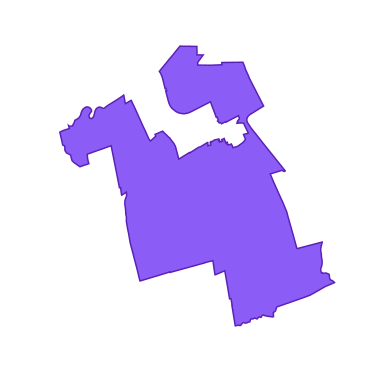 Surdila-Greci, Braila, Romania (orthographic projection), rotated 343°
{"feature_id": "2599482B86930693548610", "entity_name": "Surdila-Greci", "entity_type": "district", "adm_level": 2, "iso_a3": "ROU", "parent_name": "Romania", "parent_adm1": "Braila", "projection": "orthographic", "projection_center": [27.256, 45.061], "detail": "fine", "context": "isolated", "style": "filled", "palette": "violet", "viewbox_px": 384, "rotation_deg": 343, "n_neighbors": 0, "source": "geoboundaries", "source_scale": "gbopen_adm2", "svg_char_len": 5867}
<svg xmlns="http://www.w3.org/2000/svg" viewBox="0 0 384 384"><g transform="rotate(343 192 192)"><path d="M301.8,320.3L301.4,319.4L300.7,318.3L300.1,317.6L298.9,316.7L298.5,315.5L298.5,313.9L299.1,311.2L299.0,310.7L298.6,310.3L296.7,308.8L296.0,308.5L295.4,308.4L294.6,308.2L293.6,308.1L292.9,307.8L292.9,307.1L292.2,306.9L292.1,306.3L292.2,304.7L292.4,303.8L292.7,303.0L294.7,300.2L295.2,299.1L295.8,297.6L296.4,295.2L297.0,290.9L297.4,289.8L297.6,288.8L297.7,287.4L297.8,286.8L298.0,285.5L298.4,284.3L298.8,283.3L299.2,282.5L300.5,280.3L301.9,278.1L301.9,277.9L301.6,277.9L296.1,277.7L288.5,277.4L276.2,276.9L275.8,276.5L276.2,262.1L276.6,243.7L276.8,238.4L275.6,226.7L275.4,225.6L273.0,206.6L272.1,197.6L283.3,197.6L284.3,197.5L285.1,198.3L285.7,199.0L286.1,199.3L286.3,199.3L286.6,199.3L287.3,199.1L287.1,198.5L283.3,188.9L273.9,165.3L269.9,154.9L268.3,150.9L267.1,147.8L265.7,143.1L265.4,141.7L265.3,141.0L265.3,140.4L265.4,139.6L265.4,139.2L266.0,137.9L266.5,137.1L267.0,136.7L267.8,136.0L268.3,135.7L269.1,135.3L269.4,135.1L269.9,134.9L270.5,134.7L271.0,134.6L271.9,134.4L281.2,131.9L285.6,130.8L285.5,130.1L283.7,120.1L282.7,114.4L281.5,107.7L280.3,101.1L280.1,99.9L280.0,98.2L280.0,97.6L279.1,91.1L279.0,86.1L278.9,85.8L278.6,82.8L261.9,77.9L258.3,76.9L257.9,79.1L246.8,76.2L234.6,72.3L235.3,69.8L242.8,64.2L236.9,62.4L239.2,54.2L232.9,52.2L232.6,51.9L232.2,51.9L226.0,50.0L223.2,48.9L218.3,52.2L213.1,55.8L212.5,56.1L212.0,56.4L211.8,56.6L209.4,58.1L206.2,60.3L204.6,61.4L203.0,62.4L201.4,63.5L199.8,64.5L196.6,66.7L196.0,67.1L196.7,69.4L196.8,70.5L197.0,72.4L197.1,74.3L197.0,76.3L196.5,85.3L197.3,85.2L197.4,87.8L196.4,87.6L196.0,96.9L195.9,99.6L196.0,100.9L196.2,102.7L196.3,103.3L197.3,106.2L200.1,110.3L201.9,112.1L205.5,114.2L206.9,114.7L208.1,115.0L210.7,115.3L212.9,115.2L215.0,114.9L236.1,111.1L236.1,111.4L236.1,112.3L236.3,116.6L236.6,120.1L237.0,127.6L237.8,127.6L238.1,130.8L237.8,131.1L237.1,131.6L237.6,132.4L237.9,133.0L238.0,133.6L238.2,133.9L239.3,133.9L239.7,134.3L240.2,135.4L244.7,134.6L244.9,135.2L252.4,133.7L256.2,133.1L258.7,132.6L258.8,135.2L258.8,135.5L258.6,135.8L256.0,137.7L256.3,138.8L254.4,139.4L256.2,139.6L260.1,140.6L261.7,141.6L261.5,141.9L262.1,146.1L263.1,152.1L261.0,152.2L258.1,152.0L258.5,157.3L256.5,158.8L254.6,159.8L253.1,160.3L252.5,160.5L249.5,161.5L247.1,161.7L246.0,161.6L244.1,161.6L244.1,160.3L243.7,157.6L241.1,157.7L240.8,157.3L239.7,157.2L239.4,155.6L239.5,155.5L240.3,155.5L240.2,154.6L238.7,154.8L238.4,150.2L235.7,150.6L236.0,152.4L233.8,152.3L233.7,151.9L232.9,152.1L232.7,150.8L233.4,150.7L233.2,149.1L232.0,149.2L231.5,149.0L229.5,148.8L227.7,149.0L226.9,149.3L225.4,149.6L225.2,149.5L225.2,150.1L224.7,150.1L224.7,149.6L223.9,149.7L223.6,152.5L220.7,152.4L221.6,149.3L221.5,149.2L220.7,149.3L213.1,151.3L211.6,151.1L201.1,154.0L201.0,153.5L194.5,155.2L189.8,156.5L189.0,156.7L189.5,143.3L189.4,143.0L189.2,142.2L188.8,139.9L188.3,138.8L186.8,134.8L186.7,134.3L186.6,133.9L186.1,133.4L183.9,129.3L183.8,129.2L183.0,127.8L181.8,125.4L181.7,125.2L173.5,126.1L173.7,128.0L167.2,131.1L166.3,128.8L165.1,119.3L164.4,114.7L161.8,94.2L160.7,86.6L160.3,86.6L156.5,87.5L154.2,88.1L154.1,87.7L155.0,80.2L155.0,79.3L153.0,80.1L145.9,82.2L144.4,82.6L137.9,84.3L134.9,85.2L133.1,86.0L132.2,86.2L131.4,86.0L131.1,85.8L129.7,84.4L128.1,83.6L126.3,83.8L125.1,84.2L124.3,84.8L123.2,86.0L122.3,87.2L121.3,89.1L120.4,90.4L119.4,91.6L118.6,92.0L117.2,92.4L115.8,91.4L115.6,89.9L115.8,89.1L116.3,88.0L117.9,86.7L119.2,85.7L119.7,85.1L119.8,84.4L119.6,82.8L118.6,81.2L117.2,80.2L116.1,79.8L114.5,79.9L112.4,80.7L110.8,81.8L109.7,83.2L108.9,84.3L107.6,86.3L105.5,88.0L103.1,88.8L101.1,89.1L100.5,89.9L100.1,90.6L99.7,91.1L99.0,91.7L98.4,92.3L97.7,93.1L97.2,93.8L96.6,93.8L96.2,93.8L95.5,93.7L94.6,93.3L93.8,92.9L93.5,92.8L93.4,92.6L93.2,95.4L87.7,95.5L84.7,95.8L83.1,96.1L82.1,109.4L82.4,109.6L83.5,110.7L83.7,110.8L83.7,111.1L83.5,111.7L82.6,115.2L83.3,117.3L83.3,117.9L84.1,118.6L86.3,120.7L86.7,121.3L86.7,121.8L86.4,126.1L86.5,127.0L87.7,129.3L92.2,135.1L93.1,135.1L96.9,134.9L101.6,134.8L101.7,133.2L101.7,131.8L101.9,130.3L102.1,128.9L102.2,128.4L102.3,127.5L102.5,126.8L102.7,126.1L102.9,125.2L103.2,125.2L103.3,125.2L128.2,124.1L126.0,146.0L123.9,166.4L123.9,166.6L124.0,166.6L123.9,166.8L125.0,167.2L124.3,170.9L123.8,174.1L123.9,174.5L129.2,173.0L129.1,173.5L128.9,174.2L128.5,176.0L128.3,176.5L127.8,177.2L125.3,180.6L125.2,180.9L123.9,185.2L124.0,185.7L123.2,189.9L122.6,192.4L122.3,193.1L122.2,193.9L122.1,195.2L122.1,195.7L122.0,196.3L121.9,197.0L121.5,198.3L121.4,198.4L120.6,201.1L120.1,204.8L119.5,209.9L119.4,210.9L119.3,212.7L118.8,216.4L118.5,218.8L118.0,222.8L118.0,223.2L117.6,233.3L116.9,249.8L116.2,261.6L116.2,261.8L116.4,261.9L144.5,262.0L146.8,261.9L147.3,261.8L147.4,262.5L183.6,263.5L183.6,263.3L191.9,263.8L190.8,270.9L189.8,277.9L191.2,277.9L200.3,276.9L199.0,287.6L196.7,305.2L198.1,305.4L197.3,311.7L197.3,311.9L197.1,311.8L196.9,313.0L194.3,332.0L194.2,332.5L194.6,332.7L195.2,332.8L196.3,332.8L197.1,332.9L198.8,333.7L199.2,333.8L199.6,333.7L200.4,333.3L201.6,332.3L202.2,332.0L202.8,331.9L203.1,332.0L203.8,332.4L204.8,333.0L205.6,333.2L206.5,333.1L207.3,333.0L207.7,332.9L207.9,332.9L208.3,333.0L208.9,333.1L209.2,333.1L209.4,333.0L209.8,332.5L210.4,331.5L211.3,330.6L212.1,330.8L212.8,331.2L213.3,331.2L214.1,330.9L214.4,330.9L214.8,330.9L215.2,331.0L215.8,331.4L216.2,331.8L216.7,332.2L217.3,332.4L218.2,331.8L218.5,331.5L219.0,331.3L219.7,331.2L219.9,331.2L220.2,331.4L221.1,332.0L221.5,332.0L222.7,330.8L223.1,330.6L223.4,330.5L223.8,330.5L224.3,330.6L226.3,332.1L227.4,332.6L228.0,332.9L228.4,333.2L229.1,333.5L230.0,333.8L231.2,334.4L232.1,334.9L232.7,335.1L233.5,335.0L234.5,331.2L237.1,330.1L239.3,326.9L240.6,326.6L240.8,326.7L243.0,326.6L270.4,325.5L271.1,325.4L274.7,325.2L287.3,322.4L291.7,321.4L301.8,320.3Z" fill="#8b5cf6" stroke="#5b21b6" stroke-width="1.5"/></g></svg>